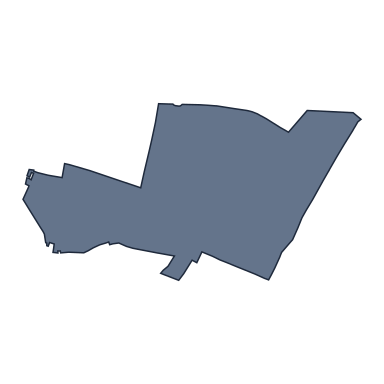 the district of Bab Al-Shariyya, Al Qahirah, Egypt
{"feature_id": "37247803B36275264085145", "entity_name": "Bab Al-Shariyya", "entity_type": "district", "adm_level": 2, "iso_a3": "EGY", "parent_name": "Egypt", "parent_adm1": "Al Qahirah", "projection": "albers", "projection_center": [31.258, 30.059], "detail": "fine", "context": "isolated", "style": "filled", "palette": "slate", "viewbox_px": 384, "rotation_deg": 0, "n_neighbors": 0, "source": "geoboundaries", "source_scale": "gbopen_adm2", "svg_char_len": 1900}
<svg xmlns="http://www.w3.org/2000/svg" viewBox="0 0 384 384"><path d="M53.0,252.4L55.7,252.7L57.9,253.0L57.9,252.2L57.8,251.0L60.3,251.0L60.5,252.0L60.7,252.9L68.7,252.2L83.8,252.8L84.9,252.3L86.1,251.7L87.9,250.9L93.3,247.8L99.8,244.8L105.9,243.0L108.7,242.0L109.2,243.4L109.7,244.7L112.9,243.8L118.8,243.0L126.5,246.4L133.0,248.3L138.7,249.4L156.5,252.8L157.4,253.0L158.3,253.1L174.4,256.0L168.0,266.3L163.2,270.3L160.7,273.3L164.7,274.9L178.7,280.3L183.7,273.7L192.1,260.2L196.8,262.7L201.9,251.9L212.6,256.3L219.9,259.9L226.3,262.4L236.0,266.4L255.1,274.1L264.6,278.4L266.6,279.1L268.6,279.9L271.2,275.1L274.8,268.0L279.8,257.0L280.5,255.1L281.2,253.4L281.6,252.4L289.6,243.1L291.1,241.4L292.6,239.7L297.8,228.0L302.0,217.7L306.4,209.9L312.9,199.1L323.2,180.5L328.2,171.8L329.0,170.5L329.7,169.1L337.3,155.9L344.3,144.2L352.7,130.7L353.9,128.5L355.2,126.4L357.8,121.9L359.4,120.6L361.0,119.3L353.1,112.7L320.1,111.1L307.2,110.5L288.5,132.2L279.9,127.3L266.4,118.8L265.5,118.3L264.6,117.8L263.7,117.3L262.8,116.8L261.9,116.3L261.5,116.1L260.6,115.7L257.5,113.9L252.2,111.8L249.6,111.1L247.5,110.6L246.3,110.4L234.1,108.6L217.4,106.0L216.8,105.9L216.2,105.9L208.4,105.3L200.2,104.8L182.2,104.4L181.1,105.4L180.0,106.0L178.9,106.1L175.5,105.7L174.0,105.2L173.8,104.9L172.9,104.1L168.2,104.0L158.6,103.7L155.4,122.7L151.7,140.0L149.4,150.1L144.2,172.0L140.7,187.8L133.4,185.3L120.5,181.0L89.8,170.6L69.2,164.6L64.6,163.6L62.1,177.6L51.4,175.8L49.7,175.5L48.0,175.2L37.9,172.7L33.8,171.2L33.8,170.1L29.2,169.5L27.0,175.8L29.0,176.7L29.7,177.0L31.5,172.5L33.6,173.3L31.1,179.8L29.4,178.6L28.6,178.3L26.9,177.8L25.5,184.0L27.2,184.9L28.9,185.7L28.6,187.0L23.0,199.3L28.9,208.9L40.9,228.2L43.1,231.6L43.7,232.8L44.3,233.9L44.4,234.3L45.7,242.7L46.7,243.0L46.8,245.7L48.2,246.2L49.1,243.9L49.6,242.5L54.2,244.0L53.9,246.2L53.6,248.5L53.0,252.4Z" fill="#64748b" stroke="#1e293b" stroke-width="1.5"/></svg>